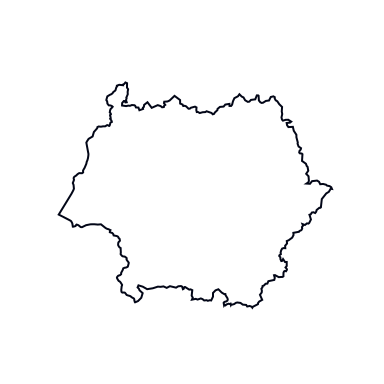 Dytikis Makedonias, Dytiki Makedonia, Greece, rotated 301°
{"feature_id": "26713481B79624114853188", "entity_name": "Dytikis Makedonias", "entity_type": "district", "adm_level": 2, "iso_a3": "GRC", "parent_name": "Greece", "parent_adm1": "Dytiki Makedonia", "projection": "natural_earth1", "projection_center": [21.387, 40.387], "detail": "fine", "context": "isolated", "style": "outline", "palette": "ink", "viewbox_px": 384, "rotation_deg": 301, "n_neighbors": 0, "source": "geoboundaries", "source_scale": "gbopen_adm2", "svg_char_len": 5973}
<svg xmlns="http://www.w3.org/2000/svg" viewBox="0 0 384 384"><g transform="rotate(301 192 192)"><path d="M244.5,72.9L244.0,73.4L242.8,73.2L239.8,74.0L238.6,73.7L237.4,73.1L235.5,73.0L233.8,72.2L233.5,71.9L232.9,71.5L230.4,70.2L229.9,70.3L227.0,71.1L226.5,71.4L226.2,72.3L225.4,73.1L224.5,73.7L224.2,74.0L223.4,76.0L224.0,77.1L224.3,78.0L224.4,79.4L224.2,80.1L222.3,79.8L221.3,79.5L219.9,79.7L218.2,80.4L217.9,80.5L217.5,81.7L217.0,82.4L216.7,82.5L216.2,82.1L215.6,82.2L215.1,82.6L214.6,83.3L213.4,84.3L213.1,84.1L212.6,84.1L211.8,86.0L211.4,86.6L210.8,87.2L209.8,86.5L209.3,86.4L207.3,87.0L206.8,87.1L206.1,87.1L205.9,86.7L206.0,86.4L206.0,86.1L205.8,85.1L205.6,84.8L203.5,83.7L202.3,81.7L201.7,81.1L200.9,80.0L200.1,78.3L199.0,77.5L197.8,77.9L192.9,77.0L188.4,78.2L184.3,76.0L181.5,75.9L179.9,76.0L171.2,83.7L169.6,84.5L167.4,85.4L165.3,86.0L163.7,86.2L161.7,86.9L157.4,87.5L155.5,87.5L154.2,87.6L152.7,88.6L151.5,88.1L150.7,86.7L150.3,85.9L149.8,85.4L148.5,84.8L147.3,84.4L146.8,84.4L144.7,83.4L143.7,83.2L143.0,83.4L142.5,83.7L141.9,84.4L141.2,84.7L138.3,85.2L137.1,86.8L134.0,89.1L132.2,89.4L128.3,89.6L104.0,89.4L104.8,101.7L104.8,103.1L104.6,103.7L103.7,105.2L103.2,105.8L100.9,107.7L101.1,108.1L102.8,109.7L104.3,109.7L104.6,109.8L104.9,110.9L105.0,111.6L104.9,112.9L104.6,114.5L104.8,115.1L105.3,115.9L109.0,118.3L112.0,121.6L114.0,124.8L115.6,128.1L116.9,129.9L117.4,130.6L116.6,136.6L116.7,138.3L117.1,139.5L117.3,141.7L116.4,141.7L115.2,142.3L115.8,144.7L115.4,146.1L114.9,146.7L114.4,147.2L115.5,150.2L115.6,151.4L115.4,152.0L114.8,152.8L114.6,154.0L113.3,155.2L112.6,155.3L111.4,154.9L110.4,155.0L108.6,155.9L108.2,156.4L107.5,157.6L107.2,158.5L107.2,159.7L105.8,160.6L103.6,162.1L102.0,162.8L101.7,163.4L101.2,164.9L101.2,165.6L101.2,165.9L102.0,167.6L101.8,169.8L101.3,170.3L100.5,170.6L100.3,170.8L99.7,172.1L98.9,174.1L98.2,174.5L95.0,175.4L94.6,175.3L93.2,174.3L92.3,173.2L91.2,172.4L89.3,172.8L86.3,172.9L85.0,173.6L83.6,173.1L83.2,172.8L82.7,172.2L82.0,171.8L80.3,171.6L80.0,171.7L79.4,172.3L78.5,173.9L78.0,175.0L78.1,176.0L77.9,176.9L77.3,178.2L76.4,179.9L75.6,180.2L74.8,180.3L73.4,181.0L72.2,181.5L71.5,181.9L70.3,182.8L70.0,183.2L69.9,183.8L69.9,184.1L70.6,185.1L71.1,186.1L71.0,186.8L70.1,189.0L70.4,190.6L70.8,191.9L71.0,193.0L70.7,194.4L70.8,196.9L70.6,197.4L69.8,198.2L69.4,198.4L68.2,199.7L68.1,200.0L70.7,201.9L75.2,203.0L79.9,201.8L80.7,197.7L81.8,196.2L82.2,194.5L84.4,194.2L85.5,198.6L85.6,203.6L89.3,208.0L93.3,211.5L94.5,213.9L96.4,216.2L96.8,219.7L99.9,221.6L101.8,227.6L104.1,228.8L105.7,231.0L105.8,232.3L104.0,234.3L104.6,234.7L106.6,234.5L107.0,235.0L106.9,239.9L107.8,240.9L108.0,242.8L103.0,245.1L101.8,247.1L99.7,247.4L102.3,250.2L102.7,252.2L105.3,254.4L105.6,256.2L105.3,258.3L106.8,260.3L106.9,261.6L108.4,263.0L108.9,264.3L113.1,263.9L116.3,262.0L119.8,262.8L122.2,264.7L121.1,269.3L121.1,272.1L121.7,273.2L120.9,273.8L119.2,277.1L118.3,278.0L117.3,278.3L116.1,277.9L114.5,276.4L113.3,276.2L111.2,278.0L112.2,278.1L112.1,279.1L113.4,279.5L115.1,280.9L115.5,282.3L116.1,282.6L115.1,283.6L115.9,283.6L116.1,284.4L117.7,285.9L119.6,286.7L120.6,287.7L121.9,290.7L121.6,293.5L123.1,296.6L122.3,298.3L124.0,300.1L124.4,302.2L123.9,303.3L125.0,303.3L129.8,306.3L130.9,305.8L132.7,306.0L135.7,307.7L138.9,303.2L141.7,303.5L143.3,302.8L144.8,301.3L146.5,301.5L147.7,300.9L149.1,301.9L151.2,302.3L152.3,303.8L154.9,303.4L159.0,307.8L161.0,307.2L162.9,305.2L163.5,305.9L163.7,310.2L165.9,313.4L166.8,313.8L169.9,312.0L171.3,311.8L172.2,312.3L172.5,313.4L174.3,313.4L174.9,312.8L175.5,311.0L177.4,311.3L180.8,309.2L179.9,307.8L181.4,304.6L179.3,304.7L178.8,304.1L179.9,302.5L181.6,301.3L182.1,299.7L182.8,299.5L184.5,300.2L185.6,299.2L187.8,298.5L189.9,298.4L191.1,299.4L191.9,300.9L193.9,299.5L196.8,300.0L198.8,298.5L200.4,299.7L204.5,301.4L207.4,301.2L209.2,299.9L213.0,304.2L213.9,304.2L215.6,305.4L217.4,305.3L218.6,304.3L220.4,304.5L221.4,303.2L221.9,305.8L224.3,306.7L224.9,308.1L225.8,308.4L229.7,308.1L233.0,304.4L234.0,305.3L236.1,305.3L237.2,306.6L237.4,308.4L239.0,308.6L240.8,308.1L244.1,309.3L244.3,309.9L245.2,310.4L252.8,306.9L259.9,307.8L262.6,309.2L266.2,309.2L266.7,310.4L267.8,308.9L267.9,306.9L267.0,304.4L267.3,303.2L266.4,300.2L264.7,297.9L266.2,295.6L266.2,293.3L263.1,289.3L259.8,288.9L258.2,285.8L260.1,286.7L261.7,286.5L265.5,283.8L266.4,280.5L270.1,280.7L273.1,278.1L273.4,276.9L274.9,275.1L275.3,270.3L281.3,267.2L281.5,266.3L280.7,264.6L281.0,263.6L282.5,263.0L284.4,263.3L285.7,262.9L285.9,259.9L287.8,257.6L288.9,257.2L292.7,253.3L294.8,252.0L296.9,247.7L299.8,244.9L297.3,241.2L298.2,239.1L299.9,237.6L302.0,240.3L303.4,240.8L303.5,237.3L302.1,235.1L300.0,233.2L300.4,231.9L302.0,230.3L305.3,229.2L307.2,227.5L311.3,225.4L312.2,221.6L313.7,218.4L313.7,216.5L314.8,214.7L315.9,214.1L315.9,212.5L314.0,210.6L310.1,210.9L308.1,208.4L305.1,206.9L304.2,205.8L304.1,204.3L304.9,202.2L308.8,199.5L308.9,199.0L308.2,197.8L304.0,198.5L301.3,195.1L299.0,194.6L298.0,193.4L298.0,190.3L299.6,187.4L299.4,185.5L300.2,182.3L297.7,182.1L294.3,180.0L290.9,180.4L287.5,181.4L285.9,181.2L285.1,179.8L286.8,178.7L284.1,175.5L281.5,175.1L279.3,172.1L276.4,171.1L275.2,171.6L271.8,170.6L270.4,170.7L269.3,169.8L269.8,168.0L268.7,162.9L267.4,162.3L265.9,160.1L263.7,158.0L263.6,155.7L263.0,154.9L264.4,153.5L266.8,152.3L266.7,150.6L263.7,147.7L262.3,147.2L261.6,146.1L262.4,142.8L262.1,141.3L261.2,140.2L262.1,138.9L261.7,136.3L264.7,134.4L265.4,127.5L258.9,125.7L257.0,124.4L255.1,121.7L253.7,122.2L252.9,124.2L251.7,123.7L250.3,124.1L249.2,122.7L249.5,120.9L248.8,117.9L243.4,114.1L246.0,107.6L242.0,106.1L240.2,106.9L239.0,106.5L238.0,107.3L235.0,104.8L236.8,102.6L235.6,100.4L236.7,98.8L236.7,97.9L235.6,95.7L233.9,94.4L233.3,93.0L231.7,91.3L230.1,87.5L232.3,86.3L234.9,86.7L235.2,87.3L234.5,88.8L235.3,89.8L236.8,88.1L238.8,87.6L239.1,87.1L242.7,86.6L244.6,85.3L247.2,84.3L248.0,82.5L251.8,80.3L251.6,78.5L249.8,78.3L248.5,77.5L248.0,77.9L246.4,74.4L244.5,72.9Z" fill="none" stroke="#020617" stroke-width="2"/></g></svg>